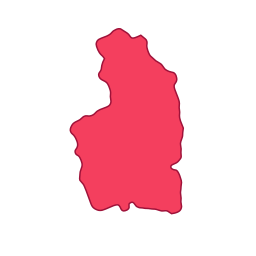 outline of Imbert, Puerto Plata, Dominican Republic, rotated 249°
{"feature_id": "3306468B41298949605028", "entity_name": "Imbert", "entity_type": "district", "adm_level": 2, "iso_a3": "DOM", "parent_name": "Dominican Republic", "parent_adm1": "Puerto Plata", "projection": "mercator", "projection_center": [-70.857, 19.757], "detail": "fine", "context": "isolated", "style": "filled", "palette": "rose", "viewbox_px": 256, "rotation_deg": 249, "n_neighbors": 0, "source": "geoboundaries", "source_scale": "gbopen_adm2", "svg_char_len": 3417}
<svg xmlns="http://www.w3.org/2000/svg" viewBox="0 0 256 256"><g transform="rotate(249 128 128)"><path d="M210.0,173.2L209.8,169.9L209.8,166.9L210.0,165.5L210.2,164.9L210.4,164.3L210.8,163.8L211.8,163.1L215.3,162.1L217.1,161.1L222.9,156.8L223.3,156.4L223.9,155.2L224.1,154.5L224.3,153.1L224.2,151.6L224.0,150.1L223.7,148.7L222.1,145.3L221.6,143.0L221.4,140.7L221.4,135.1L221.2,132.8L221.1,132.1L220.5,130.8L220.1,130.2L219.2,129.3L218.2,128.6L217.5,128.3L215.3,127.9L211.6,127.9L208.6,128.3L206.6,128.9L203.8,130.2L201.2,130.9L198.4,128.0L195.8,126.0L193.5,124.7L192.4,124.1L191.1,122.8L189.5,120.5L189.0,120.2L188.5,119.8L187.4,119.5L186.7,119.4L185.5,119.5L184.2,119.8L183.6,120.1L182.4,120.9L179.8,123.2L178.6,124.0L178.0,124.3L177.3,124.6L175.9,124.9L173.6,125.1L170.6,125.0L169.1,124.9L167.7,124.6L166.4,124.1L163.6,122.8L159.1,121.7L157.9,121.1L156.9,120.3L156.1,119.3L155.8,118.7L155.4,117.4L155.2,115.2L155.2,108.4L154.9,106.2L154.6,104.8L153.1,101.4L152.7,99.4L152.7,98.1L152.9,96.7L153.3,95.5L154.1,93.9L154.5,92.8L154.6,91.5L154.5,90.3L153.0,86.2L152.8,84.9L152.4,80.8L151.9,78.7L151.2,77.4L150.4,76.3L148.9,74.7L147.8,73.9L146.5,73.3L145.9,73.2L144.5,73.2L143.3,73.5L140.6,74.8L138.5,75.3L137.1,75.5L134.8,75.6L133.3,75.6L131.8,75.4L130.4,75.0L129.2,74.4L127.8,73.2L126.2,71.0L125.8,70.6L124.8,70.1L123.7,69.9L122.5,70.0L122.0,70.2L121.1,70.7L120.0,71.6L119.5,71.9L118.3,72.3L116.9,72.5L114.7,72.6L112.5,72.5L111.0,72.3L109.6,71.8L108.4,71.1L104.5,67.9L103.3,67.2L98.3,64.8L97.2,64.5L96.4,64.4L91.9,66.0L90.5,66.3L88.9,66.4L84.3,66.5L71.8,66.3L69.5,66.3L67.9,66.5L66.5,66.9L65.2,67.6L64.1,68.4L62.6,69.9L61.7,71.1L61.1,72.3L60.8,73.1L60.5,74.6L60.4,77.8L60.7,86.7L60.5,88.9L60.2,90.3L59.9,90.9L59.5,91.4L58.9,91.8L58.4,92.0L57.1,92.3L54.6,92.5L53.4,92.9L52.9,93.3L52.4,93.8L52.1,94.4L51.8,95.7L51.8,97.7L52.2,99.0L52.5,99.6L52.9,100.1L53.4,100.5L56.2,101.5L56.7,101.8L57.0,102.3L57.2,102.8L57.4,103.9L57.3,105.0L57.0,105.6L56.7,106.0L55.7,106.6L53.0,107.4L51.8,107.8L50.9,108.6L50.0,109.5L49.3,110.5L48.2,112.9L46.9,115.1L45.6,118.1L43.8,121.4L42.7,123.9L42.0,125.1L39.4,128.4L38.6,129.6L38.1,130.8L37.4,133.2L36.9,134.3L36.2,135.2L32.4,138.0L31.8,141.4L31.7,143.5L31.8,144.9L32.1,146.3L32.4,146.9L32.7,147.5L33.5,148.5L34.5,149.3L35.6,149.9L40.1,150.9L43.5,152.4L46.2,153.1L48.1,153.6L49.3,154.0L52.1,155.5L54.5,156.6L57.9,158.4L60.0,158.9L63.0,159.1L65.2,159.2L67.4,159.1L68.8,158.9L70.1,158.6L71.2,158.0L71.6,157.5L72.7,155.7L73.8,154.6L74.8,154.1L75.3,153.9L75.9,153.9L76.5,154.1L77.0,154.4L77.4,154.9L77.7,155.5L77.9,156.7L78.1,160.2L78.2,160.9L78.6,162.3L79.1,163.4L80.3,165.5L81.0,166.5L81.4,166.9L82.5,167.5L86.1,168.6L89.5,170.1L90.8,170.4L93.3,171.0L94.7,171.4L96.4,172.4L99.4,174.9L100.4,175.7L101.5,176.3L104.0,177.4L108.1,179.6L115.5,179.5L117.7,179.7L119.2,179.9L121.2,180.5L124.0,181.8L125.3,182.2L128.5,183.0L129.7,183.5L132.6,184.8L134.7,185.3L137.7,185.5L147.0,185.5L148.4,185.6L149.8,185.8L151.0,186.3L151.6,186.6L152.0,187.0L153.7,189.3L154.5,190.1L155.6,190.8L156.3,191.1L157.7,191.4L159.9,191.6L161.3,191.4L161.9,191.2L163.1,190.6L163.5,190.2L164.9,188.2L166.1,186.6L167.6,185.1L169.3,183.8L170.6,183.3L174.4,182.3L175.7,181.8L176.9,181.0L180.8,178.0L187.1,174.8L188.5,174.4L190.7,174.2L193.0,174.2L195.3,174.4L196.7,174.6L198.1,175.0L200.3,176.1L201.4,176.5L202.0,176.6L203.3,176.6L203.9,176.5L205.1,176.0L210.0,173.2Z" fill="#f43f5e" stroke="#9f1239" stroke-width="1.5"/></g></svg>